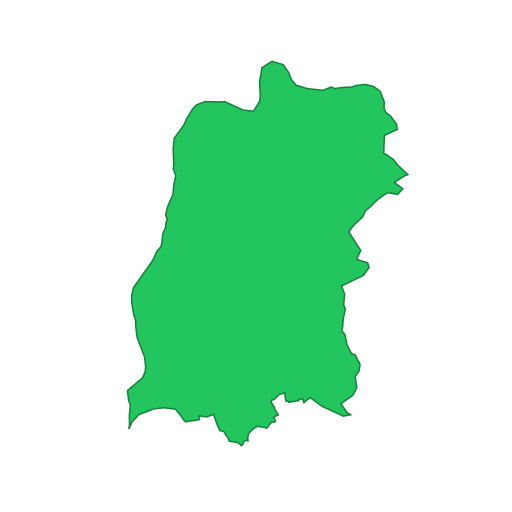 outline of Jos South, Plateau, Nigeria, rotated 162°
{"feature_id": "59680162B91711719497512", "entity_name": "Jos South", "entity_type": "district", "adm_level": 2, "iso_a3": "NGA", "parent_name": "Nigeria", "parent_adm1": "Plateau", "projection": "orthographic", "projection_center": [8.842, 9.759], "detail": "fine", "context": "isolated", "style": "filled", "palette": "green", "viewbox_px": 512, "rotation_deg": 162, "n_neighbors": 0, "source": "geoboundaries", "source_scale": "gbopen_adm2", "svg_char_len": 3044}
<svg xmlns="http://www.w3.org/2000/svg" viewBox="0 0 512 512"><g transform="rotate(162 256 256)"><path d="M215.1,75.8L217.9,79.3L220.7,88.6L220.9,89.2L206.9,93.6L200.8,99.6L199.0,110.6L193.4,114.9L190.8,120.2L190.6,122.7L191.6,126.3L192.1,131.2L195.3,133.6L196.9,143.4L195.7,153.5L197.4,158.5L196.4,160.1L196.0,160.8L191.8,170.5L187.5,177.8L187.7,182.5L183.5,192.1L183.8,199.2L183.9,201.1L159.7,204.4L152.1,210.1L151.9,214.9L161.3,221.7L155.3,228.3L154.7,228.9L160.3,250.2L153.7,255.0L142.3,260.3L138.0,265.1L137.9,265.2L131.0,267.9L126.5,270.5L119.6,273.2L111.4,275.6L102.2,270.8L95.6,274.6L101.7,283.2L101.4,283.4L89.9,286.3L86.4,286.5L90.2,293.4L92.8,298.0L95.4,305.0L100.4,311.9L102.8,314.2L96.6,331.0L82.5,332.7L81.6,337.9L84.7,347.3L88.3,352.7L88.5,357.4L86.4,362.3L86.7,369.3L86.9,374.1L91.9,381.0L99.0,385.4L108.5,387.3L113.1,387.1L120.2,389.2L129.6,391.1L132.0,393.4L141.3,393.0L147.4,395.7L155.6,399.4L155.8,399.6L160.3,402.7L165.2,406.1L167.9,413.1L168.2,420.2L171.0,429.5L180.6,436.2L192.1,433.3L198.5,421.2L200.5,414.0L202.5,406.8L204.7,402.0L213.6,394.5L223.2,398.8L228.0,403.3L230.5,405.5L237.8,412.3L244.8,414.4L256.7,418.6L266.0,418.1L270.5,415.6L279.5,408.1L283.9,403.1L290.7,398.1L297.5,393.0L301.7,383.4L303.7,376.2L305.7,369.0L307.8,364.2L307.5,357.4L307.5,357.1L311.8,349.8L316.0,340.1L318.2,337.6L320.4,335.2L324.9,330.2L329.2,322.9L329.0,318.2L329.4,317.8L331.2,315.7L333.3,310.9L337.7,306.0L339.9,301.1L342.0,296.3L344.2,293.8L348.7,291.3L349.7,290.2L353.2,286.3L355.4,283.9L362.1,278.8L368.9,273.8L375.6,268.7L382.4,263.7L386.7,256.4L388.7,249.2L390.5,237.3L390.3,232.5L392.3,225.3L394.2,215.8L393.9,208.7L393.4,199.2L393.2,194.5L395.1,185.0L397.2,180.1L401.6,175.2L419.8,167.8L421.8,157.7L421.6,153.0L425.8,143.3L428.3,135.1L430.4,130.7L425.5,136.2L416.4,141.4L409.4,141.7L400.1,142.1L390.7,140.2L382.9,136.6L380.0,135.3L376.9,127.6L375.5,122.7L374.8,121.0L373.8,119.8L370.2,119.6L365.0,118.5L360.5,117.9L359.7,121.5L352.4,118.2L345.3,118.5L345.0,106.1L344.2,100.8L343.0,100.4L340.7,98.8L340.0,94.9L338.9,92.3L338.6,88.2L338.0,87.8L330.8,84.1L328.5,80.2L327.2,80.6L326.3,81.4L324.8,83.3L324.3,83.7L323.9,83.8L323.3,83.8L322.5,83.6L321.6,83.2L320.8,82.6L319.9,86.0L317.8,89.5L314.9,91.1L311.1,92.8L310.5,92.9L307.0,93.5L305.9,93.2L305.5,92.7L303.6,91.7L301.4,90.8L299.0,88.9L297.9,89.5L296.0,91.0L293.9,92.3L294.1,92.6L293.9,92.9L293.2,92.9L293.0,93.0L292.8,93.0L292.1,93.0L291.7,92.8L291.4,92.9L290.8,92.7L290.4,92.6L289.7,92.6L288.7,92.5L288.7,94.4L288.9,97.2L287.3,97.7L286.4,97.6L285.4,98.0L284.6,97.8L283.9,97.9L283.8,98.3L284.5,100.3L285.6,105.3L285.1,106.4L285.7,108.2L286.8,112.3L285.0,114.5L284.0,113.8L282.8,114.1L280.6,115.0L279.6,115.7L277.2,117.0L276.3,117.0L271.0,116.9L272.1,111.5L272.2,110.1L272.1,108.3L270.4,108.4L270.1,106.9L269.9,106.7L262.2,105.7L260.2,105.1L260.0,106.3L255.6,105.8L255.8,103.6L255.8,101.7L255.3,101.9L253.4,102.9L252.3,103.2L248.1,104.4L247.1,103.0L244.5,99.4L239.5,92.5L232.2,85.8L224.9,79.0L222.5,76.7L215.1,75.8Z" fill="#22c55e" stroke="#15803d" stroke-width="1.5"/></g></svg>